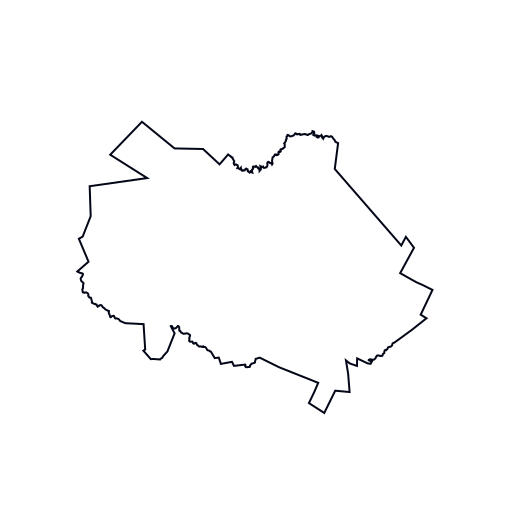 the district of Otáez, Durango, Mexico, rotated 29°
{"feature_id": "50627088B56377483842725", "entity_name": "Otáez", "entity_type": "district", "adm_level": 2, "iso_a3": "MEX", "parent_name": "Mexico", "parent_adm1": "Durango", "projection": "mercator", "projection_center": [-105.979, 24.71], "detail": "fine", "context": "isolated", "style": "outline", "palette": "ink", "viewbox_px": 512, "rotation_deg": 29, "n_neighbors": 0, "source": "geoboundaries", "source_scale": "gbopen_adm2", "svg_char_len": 6087}
<svg xmlns="http://www.w3.org/2000/svg" viewBox="0 0 512 512"><g transform="rotate(29 256 256)"><path d="M122.1,371.7L123.0,371.5L123.7,371.4L123.7,371.1L125.3,370.1L127.3,370.3L128.2,371.1L128.4,371.4L128.5,372.1L128.8,372.4L130.5,373.1L131.0,373.0L131.4,372.6L131.7,372.5L132.1,372.7L134.9,375.7L135.0,376.3L135.5,376.5L138.9,376.1L138.9,375.9L140.2,375.8L141.2,376.7L142.1,377.1L142.6,375.7L143.1,375.4L143.3,374.7L143.5,374.5L144.6,374.0L145.2,374.2L146.9,375.1L147.7,375.0L148.0,375.2L149.1,375.3L150.0,375.7L152.9,375.7L153.7,375.4L154.1,375.4L154.5,376.6L155.4,377.8L156.3,378.2L157.6,379.5L157.7,379.8L158.4,380.1L158.7,379.8L158.6,379.5L159.0,378.7L160.3,377.4L160.8,377.3L161.7,377.8L162.3,378.5L163.1,378.8L163.4,378.8L164.1,378.2L166.1,377.8L166.9,377.9L168.7,378.7L174.3,378.1L190.7,370.1L204.4,391.5L203.4,393.4L214.0,397.2L216.0,395.9L222.1,393.1L222.0,392.8L223.3,390.7L223.4,388.3L224.8,382.5L222.3,363.1L215.5,358.7L215.6,358.4L216.2,358.1L216.7,358.2L218.0,359.1L218.7,359.2L219.7,359.0L220.3,358.6L221.1,357.4L221.6,355.1L221.8,355.0L222.4,355.0L223.4,355.6L225.1,358.4L225.5,358.6L226.0,358.3L226.3,358.4L227.4,359.2L230.1,359.2L230.7,359.0L231.2,358.5L231.9,358.1L232.8,357.2L233.2,357.1L234.6,356.8L235.6,357.1L236.4,357.0L237.0,357.7L237.3,360.1L238.3,361.1L238.4,362.1L238.6,362.5L239.4,363.0L240.5,362.6L241.9,361.7L243.3,362.8L244.0,362.9L244.3,362.8L245.0,361.4L245.6,361.1L246.1,361.2L247.4,362.3L248.9,362.4L249.8,362.8L250.3,362.7L251.3,361.9L252.9,361.7L253.4,361.4L253.3,360.9L253.6,360.6L254.6,360.8L255.4,360.3L256.3,360.4L256.8,360.5L258.9,361.8L259.4,361.9L261.3,361.4L261.9,361.7L263.1,361.6L269.4,365.3L272.7,362.9L277.6,367.4L286.3,360.2L290.0,362.8L299.2,356.2L299.7,356.5L299.7,357.1L299.9,357.6L300.5,357.9L301.0,358.1L301.4,358.0L304.1,356.2L304.3,355.9L303.8,354.6L304.2,353.5L304.2,352.5L306.1,350.6L306.7,349.7L306.5,349.3L305.6,346.1L308.6,343.1L330.1,342.1L371.9,336.8L372.9,346.8L373.6,359.0L391.8,360.2L390.6,335.4L403.8,329.6L393.8,314.5L385.3,303.7L390.2,304.5L397.6,303.2L394.1,296.5L405.7,295.8L408.5,294.7L408.5,292.2L404.3,292.6L405.3,292.1L405.8,291.0L407.9,290.3L408.7,290.2L409.6,289.1L410.1,287.5L409.9,286.4L410.1,285.6L410.0,284.7L410.4,284.4L410.4,284.2L410.7,283.9L411.6,283.5L412.3,283.5L412.5,283.2L413.7,283.0L414.9,282.0L414.5,280.2L415.2,278.8L414.4,276.8L414.4,276.0L415.1,275.1L415.5,275.2L415.7,274.3L416.0,273.7L415.8,271.9L417.0,270.5L417.7,270.1L418.2,268.9L418.3,268.4L417.9,266.4L418.2,265.4L418.9,264.9L428.1,245.1L435.3,227.8L428.5,227.5L426.8,200.1L415.4,200.6L409.0,201.2L390.4,201.1L390.2,172.2L377.8,166.6L378.0,176.4L282.7,141.7L273.1,117.5L270.0,117.6L268.4,116.4L266.8,115.9L264.7,114.8L263.3,114.9L262.8,115.9L262.1,116.4L261.3,116.4L260.3,116.7L259.7,116.7L259.1,117.0L257.9,118.4L257.9,120.8L257.1,120.3L256.4,120.4L256.2,119.6L254.7,118.5L254.6,119.3L254.1,119.6L253.7,120.3L253.2,120.4L253.2,121.6L252.6,121.4L252.2,121.8L252.2,122.4L251.5,122.4L251.8,121.5L251.7,120.8L250.3,121.1L248.7,122.4L247.4,122.3L247.7,121.1L247.4,120.2L246.4,119.1L245.1,119.4L245.9,120.4L245.1,120.9L245.2,121.2L244.9,121.9L242.9,124.3L242.8,124.9L242.3,125.3L240.9,125.3L240.7,125.5L239.8,125.5L239.3,126.0L239.0,126.0L238.6,126.4L237.8,127.0L237.4,127.6L236.9,127.9L236.5,127.9L236.5,128.2L236.1,128.6L235.1,128.5L234.8,128.2L234.3,128.6L233.5,128.9L233.4,129.4L232.7,129.8L231.5,129.5L231.0,129.6L230.7,130.1L230.8,131.2L230.4,132.4L228.5,134.5L227.8,134.8L227.0,134.8L226.4,134.6L225.2,134.6L224.9,134.8L225.2,136.0L224.9,136.4L224.9,137.0L225.1,137.4L226.0,138.5L225.8,139.6L226.4,141.2L226.2,141.6L226.3,142.1L226.4,142.8L226.0,143.8L227.0,144.4L227.3,145.2L228.3,146.6L228.3,147.2L227.6,148.4L227.6,148.8L227.3,149.0L227.0,149.8L225.9,150.7L225.8,151.3L226.1,151.7L226.5,151.8L226.9,152.5L226.8,152.9L226.5,153.4L226.2,153.5L225.5,153.5L225.3,153.7L225.7,154.5L225.6,155.0L225.9,155.1L226.4,155.9L226.0,157.2L225.4,157.4L225.0,157.9L224.7,158.0L224.4,157.8L224.5,157.4L224.2,157.4L223.3,158.2L223.4,159.5L223.2,160.8L222.7,161.6L223.8,164.8L224.6,166.1L225.4,166.7L225.6,167.1L225.8,167.6L225.7,168.2L225.3,167.9L224.3,167.6L223.8,167.5L223.0,167.9L222.2,167.8L221.7,167.5L221.0,167.7L220.8,168.1L220.8,169.1L220.9,169.6L221.4,170.0L222.1,171.4L222.3,172.2L222.1,172.7L222.2,173.0L222.1,173.5L221.6,173.7L221.2,174.3L220.8,174.5L220.7,174.8L220.3,175.1L219.1,174.8L218.9,174.6L218.8,174.9L218.3,174.8L217.7,175.1L216.8,175.3L216.3,175.3L217.0,176.2L217.1,176.6L217.4,176.8L217.7,176.6L217.6,177.3L218.2,177.8L218.2,178.3L217.9,179.0L217.8,179.8L217.2,178.9L216.4,178.3L215.4,178.3L215.1,177.6L214.8,177.5L214.2,177.7L213.2,177.6L212.7,178.0L212.3,177.4L212.1,177.6L211.7,178.5L211.4,178.5L210.8,178.9L210.2,179.0L210.1,179.5L210.2,179.9L211.0,180.5L211.1,181.6L210.7,182.2L211.0,182.8L210.5,183.7L211.0,183.9L211.4,183.9L212.3,184.8L211.6,184.9L211.0,184.8L210.9,185.0L210.5,185.0L210.0,185.6L210.0,186.1L209.1,186.0L208.8,185.7L207.9,185.9L207.7,185.4L207.1,185.2L206.6,184.3L205.8,184.5L205.5,184.3L205.0,184.3L204.8,184.7L204.7,185.3L204.5,185.6L204.6,186.0L204.6,186.6L204.3,186.8L204.0,186.7L203.6,187.0L203.2,187.8L202.2,188.1L201.9,187.7L201.6,187.8L201.5,187.5L201.2,187.5L201.2,187.3L200.8,187.0L200.4,186.9L200.0,186.3L199.9,187.1L199.7,187.2L199.5,187.9L198.6,187.7L198.4,187.9L198.0,187.8L197.1,188.2L197.0,187.3L196.8,186.4L195.8,185.5L195.1,185.7L194.8,185.6L194.0,185.6L193.7,185.9L193.2,186.8L192.6,186.4L192.0,186.2L191.3,185.2L191.4,184.6L191.0,183.7L188.9,182.4L188.6,182.0L187.8,181.8L187.6,181.3L187.2,181.5L186.6,181.5L186.2,181.2L185.9,181.3L185.4,181.1L183.3,180.9L182.4,180.7L179.7,193.5L157.8,188.1L132.6,201.4L91.2,193.9L79.4,238.1L123.0,240.6L76.7,275.6L92.1,301.3L95.0,323.1L92.7,326.8L112.3,342.2L107.2,356.2L107.9,356.3L108.8,356.0L109.5,356.2L111.6,355.7L112.3,355.4L112.8,355.4L113.2,355.5L113.7,356.4L113.6,356.6L113.7,357.1L113.7,357.7L113.9,358.4L113.6,359.2L113.5,360.6L114.5,361.9L115.4,362.6L116.4,362.9L116.9,362.9L118.4,363.4L118.7,364.8L119.2,366.0L119.7,366.7L119.9,367.5L120.3,368.0L120.3,369.4L122.1,371.7Z" fill="none" stroke="#020617" stroke-width="2"/></g></svg>